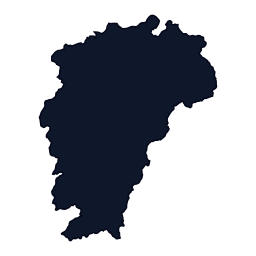 SVG path tracing the border of Jiangxi
{"feature_id": "CHN-1817", "entity_name": "Jiangxi", "entity_type": "Province", "adm_level": 1, "iso_a3": "CHN", "parent_name": "China", "parent_adm1": "", "projection": "mercator", "projection_center": [115.66, 27.278], "detail": "fine", "context": "isolated", "style": "filled", "palette": "ink", "viewbox_px": 256, "rotation_deg": 0, "n_neighbors": 0, "source": "natural_earth", "source_scale": "10m", "svg_char_len": 5686}
<svg xmlns="http://www.w3.org/2000/svg" viewBox="0 0 256 256"><path d="M54.8,204.0L52.7,203.0L53.3,200.5L54.6,198.4L54.7,197.6L54.0,195.9L52.4,194.5L51.9,192.3L51.9,191.3L53.3,189.0L54.2,186.7L55.4,185.3L55.9,184.2L55.9,180.0L56.3,178.9L57.3,177.7L58.5,177.3L59.6,176.0L61.4,175.4L62.5,174.7L63.0,174.1L63.1,173.7L62.7,172.7L60.7,172.0L59.1,172.5L57.1,174.0L56.4,174.0L55.4,173.3L53.9,174.4L52.7,174.1L53.2,172.5L55.3,169.5L56.1,164.9L58.0,162.3L58.1,160.2L58.5,158.1L58.4,157.7L55.9,157.4L55.0,156.4L54.2,156.0L51.6,155.5L50.5,154.5L50.0,152.6L49.3,147.6L50.5,146.0L50.8,144.3L51.5,142.9L51.5,142.2L50.4,141.6L49.7,140.1L48.5,138.8L47.9,137.2L46.8,137.5L46.4,136.7L46.6,134.7L47.4,133.3L49.0,131.4L49.9,129.6L50.0,128.8L50.0,126.7L47.5,125.6L46.2,126.0L44.6,127.1L43.7,127.4L41.3,126.2L40.9,125.5L40.1,119.3L39.5,117.9L39.5,117.3L40.5,115.0L41.3,112.3L44.8,106.8L45.0,105.6L44.8,102.6L45.2,101.5L46.1,100.7L47.4,100.6L49.0,99.8L51.5,99.5L52.3,99.2L55.0,97.1L55.7,96.2L56.0,93.5L56.2,92.7L57.9,91.5L58.7,89.5L60.8,88.9L62.0,88.1L63.7,85.0L63.8,84.2L63.4,83.2L61.5,82.1L61.9,80.1L61.7,79.3L59.7,79.0L58.4,77.6L57.4,77.0L59.0,75.5L59.4,74.9L59.8,72.5L59.8,70.8L60.5,67.8L60.1,66.2L59.4,65.6L56.7,64.3L56.0,62.9L55.5,62.5L54.1,61.6L52.3,61.1L51.9,60.9L51.7,60.1L51.8,56.4L55.2,52.3L57.6,50.7L58.5,50.5L60.7,50.3L62.6,49.4L64.1,49.1L64.1,46.9L64.2,46.0L65.1,44.8L65.8,44.3L66.4,44.5L67.7,45.5L69.0,45.6L70.5,45.3L71.6,45.9L72.0,46.0L78.4,43.5L80.9,43.0L81.4,43.2L81.9,44.1L82.7,44.2L84.2,43.4L84.8,42.8L85.5,40.5L87.0,38.8L87.1,37.5L87.4,37.5L88.2,38.4L88.9,38.4L89.4,36.8L90.1,36.1L94.1,36.2L94.8,37.7L95.5,38.2L95.8,37.6L96.0,35.9L96.4,34.8L95.4,33.0L94.6,32.5L94.3,32.0L97.8,32.2L99.9,32.9L101.2,33.7L103.7,32.6L105.5,30.9L106.4,29.7L106.9,28.2L107.2,26.3L108.9,23.3L110.6,23.7L113.7,23.4L116.8,23.5L117.2,23.8L118.1,25.6L122.2,28.6L123.4,28.8L127.3,28.3L131.4,26.6L132.7,26.5L135.9,26.8L136.9,26.5L138.1,25.7L140.2,23.6L141.4,22.9L144.2,22.7L145.9,22.1L146.4,21.6L147.1,19.6L148.8,17.3L150.8,15.6L152.6,15.4L154.0,15.7L155.9,16.8L158.8,19.9L159.3,21.0L158.5,23.9L156.0,28.0L155.5,28.2L155.0,27.8L154.4,27.8L153.4,29.5L152.2,29.2L151.7,29.8L150.7,33.2L152.3,34.6L153.8,36.5L154.5,36.5L154.9,35.6L155.3,35.5L157.1,36.6L158.9,36.4L162.0,31.8L166.5,29.5L166.7,29.2L166.7,28.4L167.2,26.6L166.6,25.3L165.8,24.9L165.7,24.5L166.8,23.2L167.9,21.4L169.0,20.9L169.9,20.7L170.3,20.8L171.6,21.8L171.8,22.1L171.4,23.6L171.6,24.1L172.2,24.5L173.5,24.8L174.9,24.2L175.3,24.2L176.0,25.0L177.2,24.5L177.9,24.6L177.8,26.8L178.0,27.5L179.1,29.3L180.7,31.5L181.7,32.2L182.4,33.4L182.9,33.7L186.3,33.8L188.0,35.6L188.9,36.1L191.0,36.0L192.5,35.5L195.7,36.4L197.3,35.8L198.9,35.5L200.2,35.9L201.2,36.6L203.2,37.2L203.6,38.2L203.5,39.1L203.7,40.6L204.1,41.2L205.9,42.5L206.0,44.1L205.6,45.0L204.2,46.8L202.1,47.2L201.3,47.7L201.4,49.1L201.2,50.2L199.4,53.2L199.4,53.5L199.7,54.4L201.3,56.0L201.7,57.0L204.0,58.1L207.6,60.8L207.5,61.9L208.7,62.2L209.2,62.8L209.8,64.0L210.3,65.8L212.8,67.4L213.6,70.3L214.8,71.9L214.4,75.4L214.9,77.4L215.9,78.7L215.7,79.2L215.2,79.7L216.1,80.8L216.2,84.5L216.5,86.5L216.4,87.0L215.5,88.3L212.7,90.1L212.0,91.1L212.1,91.7L213.1,92.8L212.5,96.2L210.7,96.6L206.0,98.4L204.5,98.2L204.1,98.4L203.5,99.3L202.6,99.8L201.9,100.8L200.1,100.7L199.0,101.2L197.5,101.2L195.1,102.3L192.8,102.7L192.1,103.4L191.8,104.0L191.7,106.3L190.5,107.6L189.8,107.6L188.8,106.9L187.3,106.7L185.5,105.8L184.8,105.0L184.4,103.9L183.5,102.9L183.0,101.4L182.2,101.1L181.7,101.3L180.5,102.4L178.7,103.2L178.0,104.0L176.0,105.5L175.2,105.8L173.9,105.6L173.6,105.9L173.9,108.3L173.7,109.3L171.5,111.3L169.5,114.1L167.2,118.2L167.1,120.7L167.8,122.6L167.9,123.3L166.9,125.2L167.0,126.6L167.4,127.0L168.1,126.8L168.3,127.8L168.9,128.5L169.0,129.2L167.3,131.9L166.1,133.0L164.8,136.2L160.6,139.8L159.2,139.6L157.5,140.2L155.0,140.3L152.7,141.5L151.8,141.1L151.5,141.2L150.7,142.0L149.5,142.8L147.1,145.8L146.5,150.3L145.7,151.8L145.6,153.2L146.0,154.4L146.6,155.2L146.9,158.3L148.1,160.2L149.7,160.9L148.9,164.7L148.5,165.4L147.8,165.7L147.2,165.5L146.4,164.4L145.6,164.5L141.7,169.4L141.6,170.1L142.0,172.2L141.9,173.2L142.5,174.8L141.7,178.4L140.4,180.1L139.0,182.7L137.0,183.8L134.4,184.3L133.3,185.1L132.2,186.3L132.2,188.2L133.1,189.5L133.1,189.9L131.5,190.6L130.7,192.3L129.5,193.2L128.5,195.2L128.3,196.3L129.0,197.9L127.4,201.0L126.5,205.3L126.6,206.8L126.5,207.6L126.0,208.6L125.0,209.7L123.8,211.6L121.7,213.1L121.7,213.4L122.8,217.7L122.9,219.6L123.4,220.8L123.1,221.8L122.1,222.1L122.1,222.4L123.3,224.1L124.0,225.7L123.5,226.0L121.5,225.7L120.6,225.9L119.4,226.6L118.6,228.0L118.6,229.5L118.4,231.0L119.5,233.1L119.5,235.8L120.1,237.7L120.1,238.1L116.8,238.8L116.3,238.7L114.8,237.3L112.9,236.3L111.2,233.5L109.2,232.3L107.5,229.8L106.5,229.3L103.9,230.1L103.3,230.9L102.2,230.2L100.9,230.4L100.0,230.9L97.9,232.8L96.8,233.3L95.0,233.3L93.5,232.4L93.1,232.4L92.2,233.2L89.0,234.1L87.2,236.8L86.7,237.1L85.8,236.8L85.1,235.8L83.3,235.3L82.6,235.4L81.8,235.9L81.3,238.0L80.8,238.6L79.7,238.5L79.2,238.1L78.9,237.4L78.5,237.2L75.9,238.6L73.1,238.5L72.3,239.0L71.2,240.4L70.7,240.6L70.0,240.6L69.4,240.2L68.4,238.0L65.8,236.8L64.3,234.9L61.9,234.3L61.5,233.7L62.3,232.9L65.1,231.4L66.7,229.7L67.7,227.3L69.2,225.4L69.4,223.1L70.2,221.6L72.4,220.6L75.4,218.4L78.2,217.8L79.5,216.7L80.9,216.5L81.6,216.1L81.7,215.7L80.2,214.9L79.9,214.3L81.2,211.0L81.0,209.7L80.2,208.8L78.1,208.0L76.6,207.0L76.3,206.5L75.9,204.6L75.0,204.2L74.1,204.4L73.0,205.5L71.0,205.3L69.2,207.5L67.1,208.3L65.8,209.1L62.7,209.1L60.9,208.5L59.9,208.4L59.1,208.7L57.7,209.7L56.7,210.1L56.0,210.1L55.6,209.8L55.5,209.4L56.3,207.5L55.8,205.0L56.0,203.8L55.8,203.5L54.8,204.0Z" fill="#0f172a" stroke="#020617" stroke-width="1.5"/></svg>